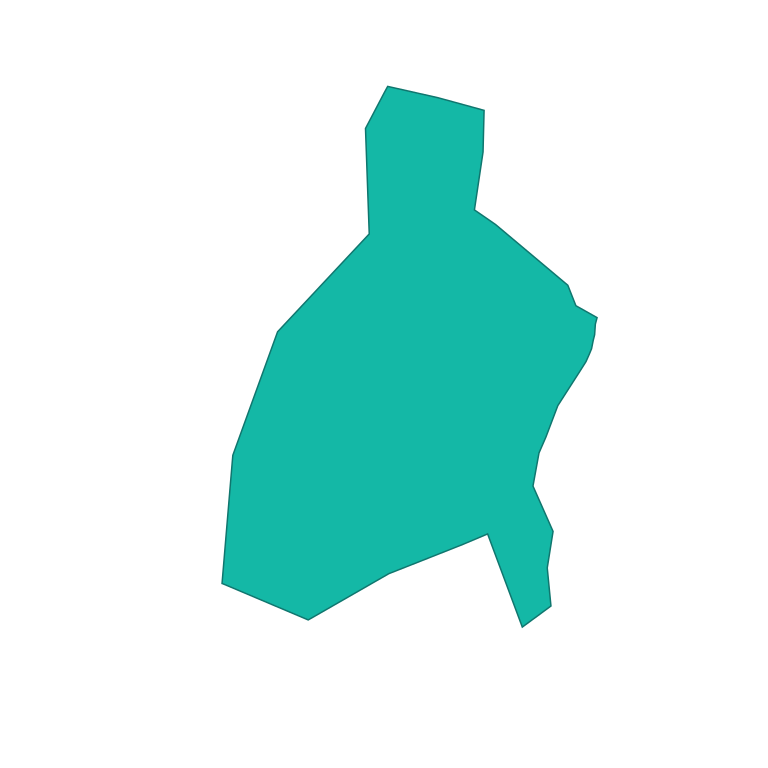 outline of Sainshand, Dornogovi, Mongolia, rotated 339°
{"feature_id": "93677404B78585680282689", "entity_name": "Sainshand", "entity_type": "district", "adm_level": 2, "iso_a3": "MNG", "parent_name": "Mongolia", "parent_adm1": "Dornogovi", "projection": "equal_earth", "projection_center": [110.055, 44.624], "detail": "fine", "context": "isolated", "style": "filled", "palette": "teal", "viewbox_px": 768, "rotation_deg": 339, "n_neighbors": 0, "source": "geoboundaries", "source_scale": "gbopen_adm2", "svg_char_len": 615}
<svg xmlns="http://www.w3.org/2000/svg" viewBox="0 0 768 768"><g transform="rotate(339 384 384)"><path d="M488.8,112.0L458.3,138.8L424.0,238.6L303.4,297.1L217.3,396.4L161.3,512.2L161.7,512.5L228.7,577.1L320.6,562.8L363.8,562.4L400.4,562.0L427.0,561.1L426.0,660.5L460.3,651.1L470.5,614.2L489.0,582.2L486.5,532.7L504.0,503.9L516.1,491.6L538.5,466.5L571.2,442.5L580.6,435.5L586.2,429.9L590.4,425.5L595.0,418.2L598.3,413.5L602.8,403.8L606.7,398.4L591.2,379.7L591.0,357.7L545.3,275.1L530.8,253.9L559.6,202.9L575.5,164.4L537.0,136.1L494.1,107.5L488.8,112.0Z" fill="#14b8a6" stroke="#0f766e" stroke-width="1.5"/></g></svg>